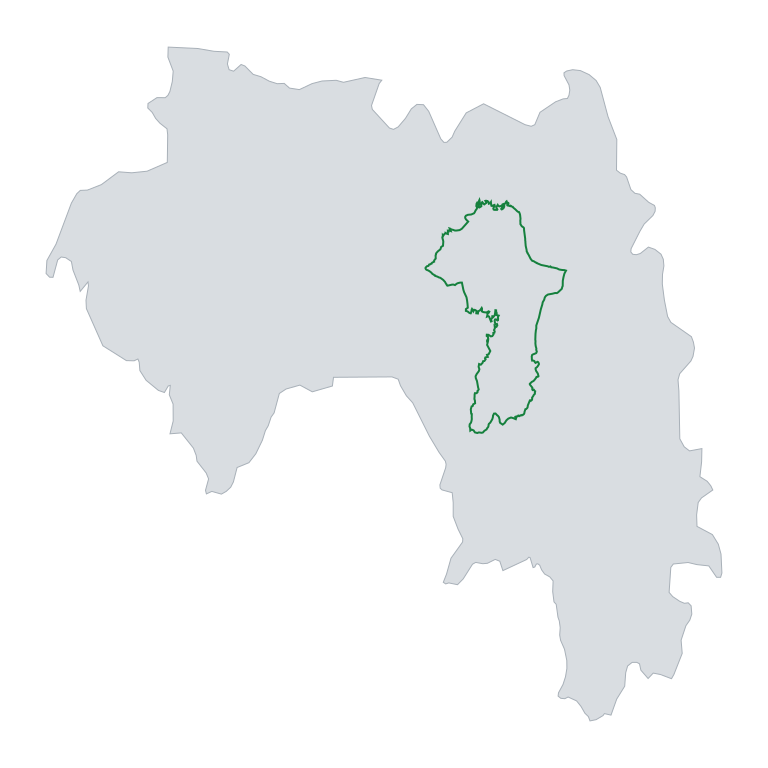 Kouroussa, Kouroussa, Guinea shown in context
{"feature_id": "49546643B25969650419510", "entity_name": "Kouroussa", "entity_type": "district", "adm_level": 2, "iso_a3": "GIN", "parent_name": "Guinea", "parent_adm1": "Kouroussa", "projection": "equal_earth", "projection_center": [-10.122, 10.487], "detail": "fine", "context": "in_parent", "style": "outline", "palette": "green", "viewbox_px": 768, "rotation_deg": 0, "n_neighbors": 0, "source": "geoboundaries", "source_scale": "gbopen_adm2", "svg_char_len": 9725}
<svg xmlns="http://www.w3.org/2000/svg" viewBox="0 0 768 768"><path d="M482.8,563.7L475.7,562.4L472.5,564.2L463.2,578.9L457.5,584.7L448.8,582.9L445.7,583.9L443.3,582.3L446.5,574.2L451.0,558.2L462.6,542.0L462.8,538.7L458.1,529.2L453.2,516.4L453.2,502.6L452.2,492.7L442.0,489.9L440.2,488.2L439.9,484.9L445.7,467.7L446.1,464.3L445.4,461.2L439.1,452.4L429.4,436.2L412.7,402.8L406.4,395.8L400.5,385.7L398.2,379.2L392.0,376.9L333.5,377.3L332.4,386.0L312.3,391.8L299.9,385.1L286.1,389.0L279.3,393.5L274.1,412.9L271.1,417.1L268.2,425.8L265.4,430.6L262.4,440.2L255.8,453.8L248.9,462.7L237.1,467.5L233.4,481.9L230.7,487.2L226.2,491.4L221.4,494.1L211.8,491.4L206.4,493.9L205.5,490.3L208.6,478.9L206.2,473.0L197.0,461.2L196.2,455.4L193.4,448.1L181.3,432.9L170.0,433.8L173.2,421.0L173.1,404.1L169.3,394.8L170.3,385.4L168.2,386.0L164.4,392.5L158.4,390.4L146.1,380.3L139.9,370.6L139.2,362.2L137.9,359.0L134.1,360.8L126.4,360.6L102.9,345.8L86.4,308.6L86.0,300.2L88.5,285.8L88.0,281.9L80.2,291.4L78.8,285.0L73.0,270.1L71.4,261.5L65.7,257.7L61.2,257.0L57.7,259.9L53.0,277.3L49.6,277.2L46.1,273.5L46.9,260.5L56.0,244.2L71.4,203.1L76.8,193.7L80.3,190.4L87.4,190.1L101.4,184.6L118.6,171.8L131.7,172.8L147.1,171.2L167.3,162.4L167.7,134.9L167.0,128.8L159.9,123.2L155.7,118.5L152.2,112.4L147.8,108.0L148.0,103.5L157.0,97.6L165.2,97.7L167.9,95.4L169.9,91.5L172.3,81.6L173.2,71.1L167.9,57.1L168.2,47.1L197.7,48.5L214.0,51.3L227.2,52.0L229.3,54.3L227.4,64.0L229.1,69.7L233.6,71.2L241.1,64.5L244.9,66.0L253.2,74.4L260.9,76.7L269.3,81.2L277.2,83.7L284.2,83.4L289.5,88.1L299.4,89.6L312.1,83.6L322.1,81.0L336.2,80.3L343.5,82.3L365.0,77.5L381.8,80.2L379.2,83.5L371.5,105.5L372.3,109.4L389.4,128.0L393.5,129.4L398.2,126.9L405.5,118.3L411.3,108.9L416.9,104.4L423.5,104.7L428.7,111.3L440.8,138.9L443.9,142.4L446.8,142.3L452.1,137.2L454.8,131.1L466.2,112.9L483.6,103.8L525.1,124.7L531.2,126.3L534.8,124.7L540.0,112.3L555.6,101.8L563.1,98.9L567.4,98.5L569.0,95.2L569.8,90.1L569.0,84.9L564.1,75.6L564.0,72.8L566.7,71.0L572.7,69.7L580.4,70.6L589.1,74.6L596.1,80.5L600.2,87.4L608.0,116.6L616.8,139.5L616.5,170.2L620.4,173.2L624.6,174.6L626.6,177.0L630.9,189.6L634.9,193.3L639.7,194.2L648.7,202.3L654.5,205.5L655.3,207.9L655.1,211.3L652.9,215.5L644.2,224.0L639.9,231.3L631.1,248.7L630.8,251.9L632.7,254.3L636.4,254.7L640.3,253.5L648.4,247.1L654.9,249.4L661.0,254.2L663.3,259.3L663.9,265.9L662.5,274.4L662.3,284.0L664.4,300.2L667.6,316.5L670.9,322.4L691.4,336.7L693.4,342.1L694.5,348.1L693.0,356.4L690.9,361.0L679.7,373.7L678.0,379.8L678.9,391.1L679.8,438.8L684.2,446.8L689.5,450.9L701.9,448.6L701.6,461.9L699.9,476.7L707.2,481.3L710.8,485.8L712.8,490.0L701.5,497.9L698.2,502.5L696.6,514.9L697.0,526.4L712.4,534.6L718.3,544.2L721.0,554.1L721.9,573.0L720.6,577.3L716.6,577.3L708.8,565.9L696.9,564.6L688.1,562.5L673.3,564.0L670.8,567.4L669.1,592.4L672.7,596.6L679.7,601.3L684.4,603.3L688.2,602.8L691.1,605.8L691.8,614.1L689.8,620.1L685.9,625.7L681.1,640.2L682.2,653.4L673.9,674.5L671.5,678.7L660.4,674.5L653.2,673.1L648.1,678.5L640.9,670.2L639.5,663.8L636.9,662.4L632.1,662.4L627.6,666.0L625.7,672.7L624.7,686.2L616.7,699.1L611.0,715.1L604.4,713.6L603.0,715.6L596.0,719.7L590.0,720.9L588.4,716.6L584.9,713.2L581.0,706.4L576.6,700.9L568.1,697.0L564.8,698.7L560.8,698.3L558.1,696.1L558.5,692.8L563.0,684.5L565.5,676.8L566.9,668.4L566.8,660.5L564.5,649.2L560.6,640.3L559.7,635.1L560.2,627.7L559.3,620.9L558.0,617.3L556.2,604.3L554.0,601.9L552.7,591.6L553.1,580.9L549.8,576.9L544.6,574.0L541.6,569.8L539.7,565.2L537.8,563.8L536.3,564.1L534.8,567.0L533.1,567.6L530.1,557.6L528.8,557.2L526.7,559.5L502.9,570.6L499.8,561.2L495.2,559.4L487.4,563.3L482.8,563.7Z" fill="#d9dde1" stroke="#a8b0b8" stroke-width="1"/><path d="M465.9,309.1L465.9,310.9L466.8,311.1L468.1,311.8L469.2,312.8L470.4,313.3L470.8,313.3L471.4,311.3L471.7,309.5L472.0,308.9L472.8,310.0L473.4,311.3L474.2,309.8L475.4,310.1L476.5,310.9L476.3,313.3L477.9,313.5L478.3,311.2L479.2,310.8L480.3,310.0L481.7,307.9L482.0,308.5L481.9,311.4L483.3,312.1L485.5,312.4L487.0,312.3L488.5,311.3L489.3,311.7L488.7,312.8L487.3,313.5L487.5,314.6L487.0,316.6L488.1,316.1L489.1,316.6L491.0,321.5L491.6,321.2L490.9,319.5L492.2,318.0L492.3,316.2L492.7,316.2L493.4,316.9L494.7,315.3L495.1,313.0L495.4,310.2L496.1,310.3L496.1,311.5L496.7,313.1L496.6,313.9L496.0,314.9L498.7,315.6L497.9,317.1L498.1,318.9L498.0,320.2L497.5,320.5L495.9,319.3L495.0,319.5L494.6,320.7L494.8,321.9L495.4,324.4L496.9,323.9L497.3,325.3L496.4,326.9L495.4,326.9L494.7,326.2L494.9,328.2L494.0,330.1L494.7,331.3L494.4,332.7L493.3,333.0L493.5,334.4L492.3,336.1L490.8,336.4L488.5,334.8L486.8,334.7L486.7,336.0L488.0,337.0L488.1,338.9L487.1,340.3L487.1,340.9L488.1,340.3L488.0,341.2L487.1,344.9L490.3,351.0L488.6,354.3L487.0,354.8L487.8,356.9L485.4,357.4L485.0,358.3L485.6,359.3L484.4,361.0L483.1,361.2L482.6,362.8L480.8,364.7L479.1,364.0L478.6,366.8L479.4,369.2L478.8,371.2L476.7,374.0L475.6,376.2L475.8,378.1L477.0,381.1L478.1,387.4L478.7,389.4L478.0,390.5L477.4,391.1L477.6,392.0L476.6,393.2L474.9,393.2L474.6,394.7L474.6,396.4L474.4,399.0L474.9,400.5L475.1,403.3L473.2,404.3L472.7,406.0L471.6,406.4L470.8,409.3L471.2,413.7L471.8,414.0L471.7,416.9L471.8,419.1L471.5,420.9L471.0,422.6L469.7,424.3L469.5,426.5L470.1,428.0L470.3,430.6L471.7,429.6L473.6,430.4L474.9,432.4L477.3,433.0L478.9,432.4L481.7,432.8L482.9,432.5L484.4,430.8L486.6,429.4L487.0,428.4L488.1,427.1L488.5,425.9L488.6,424.6L488.9,423.9L490.3,422.6L492.3,419.2L492.9,417.1L493.0,415.7L494.0,413.6L495.5,413.5L497.2,415.3L497.9,415.8L498.9,417.1L499.6,419.6L499.7,421.6L500.2,422.9L502.7,424.6L504.7,423.0L506.4,420.3L508.3,418.6L511.0,417.5L513.2,418.1L515.8,419.2L516.1,418.1L515.8,417.5L515.3,417.5L515.3,416.8L516.5,416.4L517.4,416.5L518.3,415.5L518.5,415.5L519.1,416.1L519.5,416.1L519.8,415.7L520.3,415.6L521.1,415.1L521.5,415.4L521.9,415.4L522.4,414.9L522.9,414.9L523.9,414.1L524.4,413.0L524.5,411.9L525.4,409.2L526.1,409.1L527.3,407.9L527.6,407.2L527.8,405.5L529.9,400.3L530.2,400.3L530.8,400.8L531.4,400.0L531.7,400.1L532.0,399.8L532.2,398.8L532.1,397.6L533.2,396.1L533.7,395.0L534.9,393.8L534.9,393.4L534.8,392.7L535.1,392.0L535.2,391.3L534.7,391.0L533.9,389.8L532.7,390.1L532.4,389.7L532.2,389.0L532.5,388.6L532.5,388.2L532.3,387.6L530.3,385.1L529.8,384.3L529.8,383.8L531.8,381.9L533.5,381.0L534.6,379.8L536.1,377.8L536.5,376.9L537.7,376.8L538.4,376.4L538.5,376.1L538.2,375.2L538.0,374.0L537.1,372.3L536.8,372.0L536.1,370.9L535.6,369.3L535.6,368.2L537.0,367.1L537.8,366.1L538.9,364.3L538.9,363.7L538.4,362.5L538.1,362.1L537.5,361.8L535.5,362.9L534.8,362.1L534.4,361.1L534.1,360.9L532.7,360.4L532.2,360.6L531.9,359.7L531.8,357.2L531.7,356.7L532.1,355.0L532.8,354.5L536.0,353.2L536.4,352.7L536.8,351.5L536.2,349.8L536.4,348.9L536.2,347.9L535.8,346.5L535.6,345.3L535.4,343.4L535.5,341.0L535.3,339.8L535.5,333.9L535.9,330.1L536.3,328.6L536.3,325.5L538.9,317.8L540.8,309.4L542.3,304.5L542.7,302.3L544.2,299.7L544.8,297.4L546.0,295.8L548.0,294.5L552.5,293.7L555.1,293.0L556.9,293.1L558.0,292.4L561.8,288.8L562.2,287.1L562.7,286.0L562.8,280.8L563.5,277.1L564.4,273.6L566.0,270.6L564.3,270.1L562.2,270.0L559.2,269.5L557.0,268.4L553.0,267.5L551.2,267.3L551.0,266.9L550.4,266.4L549.8,266.7L548.8,266.8L547.8,266.3L541.3,265.0L537.5,263.4L536.8,262.9L536.5,263.0L536.1,262.6L535.4,262.3L533.7,261.2L532.2,260.8L530.6,258.8L528.6,254.8L527.4,252.9L527.5,252.7L526.7,251.4L526.6,250.0L525.7,245.9L525.4,242.3L525.4,241.5L525.2,240.3L525.2,238.8L524.1,230.4L524.0,228.3L523.7,227.6L523.2,227.2L521.8,226.3L520.4,224.1L520.4,222.0L520.3,220.8L520.5,218.6L520.1,215.0L519.8,213.8L519.1,212.1L518.2,211.9L517.3,211.3L515.3,209.3L513.8,208.1L513.1,207.3L512.9,207.0L512.6,207.1L511.2,206.0L510.6,205.7L510.2,206.2L508.4,205.6L507.5,205.5L507.3,205.3L507.2,204.8L507.4,203.7L508.4,204.2L508.5,203.6L508.3,202.9L507.5,202.6L506.9,202.1L506.6,201.3L506.1,201.7L505.9,202.8L504.3,204.2L504.2,206.8L503.5,208.2L502.3,209.2L501.6,209.4L501.2,208.9L502.4,207.0L502.5,205.9L503.0,204.2L502.5,204.4L502.1,205.3L500.9,206.0L499.3,206.4L498.2,205.7L497.7,204.9L496.7,206.6L496.3,207.7L497.4,209.4L497.1,209.9L494.8,209.9L493.7,209.6L493.3,208.6L493.8,207.3L494.8,205.9L494.5,204.9L493.1,205.4L492.1,206.0L491.4,205.8L491.1,204.3L490.9,202.1L490.2,203.2L488.8,203.7L488.4,201.8L487.4,201.0L486.9,201.0L486.0,200.7L485.4,200.9L486.4,202.4L486.1,203.1L485.4,203.5L484.3,204.4L483.6,203.9L482.3,202.1L481.8,202.5L481.6,203.4L481.2,205.5L481.3,206.3L479.4,207.5L478.3,207.1L478.4,206.1L479.2,205.0L479.7,203.2L479.6,200.8L479.4,200.0L479.0,200.9L478.6,203.7L478.0,204.5L477.1,202.8L476.6,203.6L476.3,206.1L477.2,207.7L476.5,209.3L475.7,210.2L474.7,212.3L474.0,213.3L471.2,214.5L467.9,214.8L465.9,215.7L465.2,216.8L465.2,217.9L465.9,219.3L468.2,221.6L461.8,228.8L459.6,230.1L456.7,230.5L454.8,230.5L452.9,229.8L451.4,229.5L450.3,228.7L449.7,228.5L450.7,231.0L449.0,230.4L448.0,230.5L448.4,231.6L447.8,231.7L447.9,234.0L446.8,233.7L445.6,233.0L445.6,233.5L444.7,233.7L444.4,234.0L443.2,235.8L442.8,235.3L442.8,236.7L442.3,237.2L442.6,238.8L443.1,240.4L443.3,241.6L443.0,245.8L441.2,246.9L440.4,249.3L437.9,251.3L436.3,253.1L435.9,254.0L436.0,254.6L435.6,255.3L435.7,258.6L434.6,259.8L433.9,261.2L434.1,261.7L432.1,262.7L431.7,263.2L431.6,263.6L431.0,263.7L430.4,264.3L429.9,264.3L429.2,264.5L428.4,265.9L427.0,266.2L425.7,267.5L425.5,267.9L425.5,268.4L425.9,269.2L426.5,269.8L427.9,270.3L429.5,271.2L431.3,272.6L432.5,274.0L433.7,274.6L434.9,275.7L435.3,275.6L435.5,276.0L437.6,276.7L438.8,277.4L440.3,277.8L443.2,279.9L445.1,282.0L445.9,283.6L446.6,284.4L446.6,284.7L447.0,285.1L447.1,285.5L447.5,285.7L452.1,284.6L453.6,284.6L455.0,285.1L456.7,283.7L458.0,283.1L460.1,282.6L461.9,282.6L463.4,289.9L464.1,292.1L466.5,297.3L467.1,300.6L467.5,304.0L467.8,307.7L465.9,309.1Z" fill="none" stroke="#15803d" stroke-width="2"/></svg>